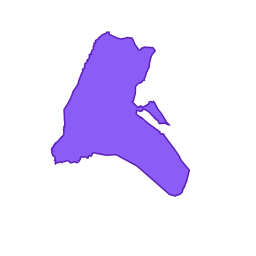 Santiago Yosondúa, Oaxaca, Mexico (orthographic projection), rotated 43°
{"feature_id": "50627088B9654355924855", "entity_name": "Santiago Yosondúa", "entity_type": "district", "adm_level": 2, "iso_a3": "MEX", "parent_name": "Mexico", "parent_adm1": "Oaxaca", "projection": "orthographic", "projection_center": [-97.535, 16.847], "detail": "fine", "context": "isolated", "style": "filled", "palette": "violet", "viewbox_px": 256, "rotation_deg": 43, "n_neighbors": 0, "source": "geoboundaries", "source_scale": "gbopen_adm2", "svg_char_len": 5576}
<svg xmlns="http://www.w3.org/2000/svg" viewBox="0 0 256 256"><g transform="rotate(43 128 128)"><path d="M188.9,115.5L184.0,113.5L174.7,111.5L159.8,108.9L158.6,108.2L157.0,108.8L156.8,109.5L155.3,109.9L154.2,109.9L154.1,109.1L139.6,110.9L136.6,111.1L132.6,111.1L130.3,111.2L130.0,111.5L129.8,111.5L129.8,111.8L125.5,112.1L124.4,111.9L124.2,111.8L123.6,111.1L122.9,110.1L122.4,109.5L122.5,109.0L122.9,108.8L123.7,108.4L124.9,107.7L125.6,107.6L126.0,107.2L126.3,106.5L126.6,105.4L126.3,105.1L126.2,104.8L126.2,104.6L126.4,104.2L127.0,103.5L127.9,102.9L132.1,102.0L133.8,102.1L136.8,102.3L138.8,102.2L139.1,102.3L139.4,102.3L139.6,102.5L140.0,102.6L140.4,102.7L140.7,102.7L141.0,102.5L141.4,102.6L142.0,102.5L142.5,102.5L143.0,102.7L143.4,102.4L143.8,102.3L144.0,102.2L144.2,102.3L144.3,102.3L144.5,102.0L144.8,102.1L145.4,102.2L145.6,102.5L145.9,102.5L146.2,102.6L146.3,102.9L146.5,103.0L147.2,103.3L147.7,103.1L148.1,103.1L148.2,102.9L148.5,102.8L148.8,102.4L148.9,101.9L149.6,101.8L149.8,101.3L150.0,100.8L150.1,100.7L150.5,100.5L150.7,100.1L150.8,99.9L151.2,99.9L151.3,99.8L151.4,99.5L151.6,99.3L152.9,99.0L154.0,98.5L154.6,98.4L155.1,98.3L155.9,97.6L152.4,97.5L145.1,95.4L141.9,94.6L138.1,94.0L135.5,93.4L133.4,92.6L132.9,92.3L129.8,91.3L129.6,91.7L128.9,91.6L128.5,91.4L128.6,92.2L126.4,93.2L125.9,94.5L126.4,96.3L126.5,97.2L124.4,103.3L123.6,103.1L123.1,103.0L122.4,103.0L121.7,104.1L122.0,105.1L120.8,105.9L120.1,106.2L113.3,106.0L113.4,104.6L112.9,103.5L112.1,102.4L111.5,101.0L109.6,97.4L108.8,96.7L108.4,96.1L105.5,92.9L105.3,92.3L105.1,92.0L105.2,89.9L105.1,89.4L105.2,88.6L105.5,87.4L106.3,86.7L106.3,86.2L106.7,85.5L106.9,85.0L106.5,84.1L106.5,83.5L106.6,83.0L107.4,81.9L106.3,81.0L106.3,80.3L105.5,79.0L105.2,77.6L104.4,76.1L104.0,75.5L103.6,74.5L103.2,73.0L102.4,71.0L102.1,69.5L101.1,67.9L99.3,65.7L98.5,64.0L97.8,63.2L97.4,62.1L96.5,60.7L95.7,58.2L95.4,56.7L95.5,55.1L95.1,52.9L91.3,52.3L90.5,53.2L89.7,53.7L89.3,54.1L89.0,54.2L88.0,55.3L87.8,55.3L87.6,55.5L87.3,55.7L87.2,55.8L87.1,56.0L86.9,56.1L86.6,56.3L86.4,56.7L85.3,57.1L85.1,57.6L84.7,57.8L84.6,58.1L84.7,58.4L84.6,58.6L84.2,59.1L84.2,59.5L84.0,59.8L83.7,59.9L83.6,60.1L83.6,60.3L83.8,60.6L83.8,61.4L83.5,61.8L83.7,62.3L83.6,62.5L83.6,62.8L83.5,63.2L83.5,63.4L83.7,63.5L80.5,63.1L76.0,62.1L75.4,61.9L73.8,61.1L70.8,59.9L69.4,59.5L69.2,60.1L67.4,61.2L66.0,62.0L65.2,63.3L64.4,64.8L63.6,65.8L63.1,66.1L62.4,67.7L61.7,68.1L60.9,68.2L60.0,69.1L51.5,72.0L51.0,72.4L48.7,70.9L48.6,71.2L47.5,71.9L47.2,72.2L47.2,72.5L47.5,72.7L47.5,73.4L46.8,74.5L46.6,75.0L46.2,76.1L45.8,77.3L45.6,77.7L45.6,78.1L45.6,78.5L45.2,80.9L45.3,81.7L45.4,82.1L45.2,82.1L45.5,82.9L45.4,82.9L45.5,83.5L45.0,84.7L45.0,85.0L44.9,85.1L44.6,86.3L45.6,87.3L45.7,87.6L45.7,87.9L46.1,88.0L45.8,88.5L45.4,89.0L45.6,89.2L46.1,89.4L46.5,90.1L46.4,90.7L46.6,91.0L47.2,91.2L47.1,92.0L47.3,92.3L47.5,92.4L47.7,92.8L48.3,93.4L48.9,93.8L49.1,94.1L48.7,95.1L48.9,96.2L49.2,96.8L50.0,97.9L50.1,98.3L49.9,98.9L50.1,99.2L50.8,99.3L50.9,99.6L50.0,100.3L49.7,100.8L50.6,101.5L51.0,102.3L51.9,102.8L52.0,105.3L51.8,106.1L51.9,106.3L52.5,106.0L53.1,106.6L52.7,107.3L53.0,109.3L52.6,110.5L53.5,111.3L54.0,112.5L55.2,113.2L55.2,114.0L54.9,114.8L55.3,115.1L54.8,116.0L55.0,116.4L55.3,116.7L55.9,116.8L56.1,117.0L56.4,117.8L56.8,119.7L57.1,119.8L57.1,120.3L59.7,126.7L60.0,127.3L60.8,128.8L61.4,129.4L61.5,129.8L61.5,130.4L61.7,131.3L62.1,132.6L62.4,134.9L62.6,136.3L62.6,136.7L63.2,139.5L64.6,142.1L65.0,143.7L65.8,145.7L67.4,151.3L68.4,156.8L68.7,158.2L69.7,159.2L74.2,163.5L75.1,164.6L79.8,168.8L80.1,169.2L80.1,169.5L80.3,169.5L80.5,169.7L80.3,170.3L80.2,170.5L80.3,170.9L80.3,171.1L81.3,171.4L81.5,172.0L81.5,172.4L82.3,173.5L83.0,173.6L83.5,174.4L83.9,174.7L84.7,175.6L85.7,177.2L85.7,178.6L85.9,179.2L85.5,179.6L85.7,181.9L85.5,182.9L85.8,183.6L85.6,187.7L85.2,188.2L85.7,188.9L85.3,190.1L86.0,190.5L86.2,191.1L86.1,191.3L85.9,191.2L85.7,191.5L86.1,191.8L86.0,192.5L86.1,192.9L86.0,193.2L86.0,193.8L86.6,193.9L86.6,194.1L86.3,195.0L86.4,195.5L87.1,195.7L87.6,196.1L87.6,196.5L88.4,196.4L88.7,196.6L88.7,197.7L90.4,198.6L91.3,199.1L91.8,199.3L93.3,198.9L93.6,198.9L94.1,199.5L95.5,199.6L96.0,200.7L96.6,201.2L96.2,201.6L96.3,201.8L97.4,201.6L98.6,202.7L98.6,203.3L99.4,203.7L99.5,202.6L99.6,202.3L99.8,201.6L100.2,201.3L100.3,201.0L100.8,200.8L100.9,200.6L101.0,200.2L101.3,199.6L101.4,199.2L101.6,199.0L103.4,198.2L103.2,197.7L103.3,197.3L104.5,195.8L105.0,194.8L105.5,194.1L105.9,193.2L106.5,192.8L107.4,192.6L109.0,192.7L109.4,192.8L109.7,192.7L110.7,191.4L111.2,190.6L111.3,190.3L111.3,189.9L111.6,189.3L112.5,188.9L113.2,188.8L113.8,188.5L114.6,187.8L114.7,187.1L114.8,186.0L114.7,185.7L114.7,185.4L114.6,185.2L114.6,184.6L114.3,183.1L113.6,182.3L113.5,181.0L115.0,180.0L116.0,178.5L116.2,178.3L117.0,178.0L118.4,177.8L119.0,177.6L119.2,177.4L119.3,177.3L118.4,175.8L118.3,175.2L118.4,174.9L118.6,174.7L119.5,174.2L119.7,174.3L120.3,173.2L119.8,172.0L119.6,171.3L119.4,171.2L119.4,170.7L119.4,170.2L119.6,169.7L120.4,169.1L121.1,168.6L122.1,168.2L122.5,167.9L130.5,162.9L137.6,155.5L145.4,153.6L149.9,152.4L160.4,149.7L173.6,149.2L203.7,148.3L209.0,145.5L209.1,144.8L209.6,143.8L210.2,143.2L210.5,142.4L211.4,140.0L211.2,137.4L210.8,136.8L210.6,136.6L210.3,136.4L210.2,136.1L210.1,135.9L210.1,135.5L209.7,135.4L209.6,135.2L209.6,134.8L209.8,134.3L209.5,134.0L209.4,133.8L209.5,133.6L209.2,133.5L209.1,133.0L209.3,132.6L209.1,132.3L208.9,132.0L209.2,131.7L208.8,131.4L208.7,130.9L208.3,130.3L208.0,129.8L207.8,129.7L207.8,129.3L207.9,129.1L207.6,128.3L207.4,127.4L201.6,117.0L188.9,115.5Z" fill="#8b5cf6" stroke="#5b21b6" stroke-width="1.5"/></g></svg>